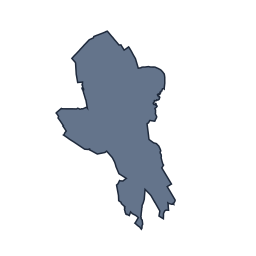 Brīvzemnieku pag., Alojas, Latvia (Equal Earth projection), rotated 59°
{"feature_id": "27541924B63069620149492", "entity_name": "Brīvzemnieku pag.", "entity_type": "district", "adm_level": 2, "iso_a3": "LVA", "parent_name": "Latvia", "parent_adm1": "Alojas", "projection": "equal_earth", "projection_center": [24.973, 57.673], "detail": "fine", "context": "isolated", "style": "filled", "palette": "slate", "viewbox_px": 256, "rotation_deg": 59, "n_neighbors": 0, "source": "geoboundaries", "source_scale": "gbopen_adm2", "svg_char_len": 5164}
<svg xmlns="http://www.w3.org/2000/svg" viewBox="0 0 256 256"><g transform="rotate(59 128 128)"><path d="M39.5,140.3L44.5,139.4L44.9,139.4L45.3,139.5L45.5,139.6L55.3,144.7L63.1,147.7L65.2,143.3L66.9,144.4L66.8,144.7L66.9,144.9L67.9,145.3L68.2,145.1L69.8,145.9L70.7,145.9L70.5,146.4L70.2,147.0L71.9,147.3L72.6,147.2L72.3,146.8L71.8,146.2L72.0,146.1L72.7,146.7L73.3,147.5L74.2,147.6L75.0,148.0L76.5,148.3L81.4,149.6L82.4,149.7L83.5,150.1L86.8,151.4L90.0,152.6L88.8,152.8L88.3,156.9L87.6,157.9L87.5,158.5L87.2,159.5L86.0,160.2L85.1,161.0L85.2,162.1L85.1,162.4L83.3,165.2L80.6,169.7L78.0,173.9L77.7,174.3L77.2,175.2L76.9,175.2L78.0,181.7L78.2,181.9L78.5,181.8L79.1,181.7L81.6,181.5L82.2,181.5L83.4,182.8L86.6,182.5L92.7,182.2L92.8,182.8L96.1,182.6L96.9,182.6L98.8,182.5L99.1,183.3L99.5,184.4L99.9,185.1L100.6,186.0L100.8,186.2L100.8,186.4L100.8,186.9L104.9,185.0L106.9,184.2L109.4,183.0L111.5,181.9L123.8,176.1L125.7,173.5L126.4,172.2L126.7,172.3L126.9,172.2L126.2,171.8L126.3,171.7L127.1,172.1L127.5,171.8L133.3,168.4L134.5,167.7L137.1,160.4L136.9,158.9L137.0,158.9L136.9,158.2L145.3,156.7L150.2,157.0L152.2,157.4L155.0,158.2L162.5,159.3L170.3,155.4L170.8,159.7L169.2,162.0L168.7,162.3L170.7,165.4L171.0,167.2L180.9,170.9L185.5,173.4L188.2,172.2L189.3,172.6L191.8,171.9L194.0,171.2L194.1,171.3L194.0,171.7L194.5,172.0L195.3,172.2L195.3,172.3L195.4,172.5L195.5,172.6L195.7,172.8L195.8,172.9L196.1,173.0L196.8,173.1L197.0,173.2L197.3,173.4L198.2,173.5L198.3,173.5L198.6,173.7L199.0,173.9L199.6,173.9L200.2,173.9L200.4,174.1L200.6,174.2L201.5,173.6L201.8,173.5L201.8,173.1L203.7,172.0L202.5,170.5L201.3,169.0L203.7,168.4L206.9,166.4L208.5,165.8L210.2,165.3L211.3,167.5L211.9,168.5L212.3,169.3L212.6,169.8L212.8,170.2L213.1,171.1L213.3,171.0L216.2,170.1L217.9,169.5L218.6,169.0L221.6,168.7L221.0,167.6L218.7,166.1L218.4,165.4L218.1,165.0L217.7,164.8L215.9,164.0L214.3,163.3L214.1,163.3L212.5,163.5L212.3,163.4L211.8,163.0L211.6,162.9L211.0,162.8L210.4,162.6L210.2,162.5L210.1,162.1L209.2,161.5L208.3,160.9L204.9,158.2L204.1,157.8L203.6,157.2L203.3,156.9L203.0,156.6L202.2,156.2L201.7,155.8L201.5,155.6L200.6,154.3L200.1,153.6L197.4,150.7L195.8,149.6L189.4,145.0L191.4,144.5L196.0,143.4L197.8,143.1L205.1,143.3L205.1,143.2L213.7,143.4L215.2,143.4L215.5,143.5L216.2,144.0L219.4,146.8L222.0,145.5L224.0,144.4L222.3,143.3L221.4,142.7L220.5,142.2L219.7,141.7L219.2,141.1L218.0,139.2L217.9,138.2L218.3,137.1L219.4,135.6L215.5,133.7L214.9,133.3L212.8,132.4L213.5,132.1L214.5,131.1L216.0,129.7L216.5,128.6L216.3,128.5L217.1,128.1L216.0,127.5L215.0,125.6L214.1,124.7L203.6,124.6L198.4,124.6L198.4,119.6L179.6,119.6L178.1,116.6L176.8,116.7L174.1,116.0L170.8,115.0L170.6,115.0L169.4,114.0L167.8,113.3L167.6,113.3L166.3,113.3L166.0,113.3L165.8,113.2L165.5,113.0L164.9,112.6L164.7,112.0L164.6,111.8L164.2,111.6L163.3,111.4L162.7,111.3L161.4,111.1L161.0,111.1L160.9,111.1L159.4,110.9L158.2,111.2L156.0,111.7L155.9,111.8L153.9,113.7L153.7,113.8L149.6,115.5L148.9,115.8L148.1,115.7L146.6,115.0L146.1,114.8L145.1,114.3L134.4,109.6L134.1,109.4L134.0,109.2L134.1,108.6L134.2,108.2L134.0,107.5L133.8,107.2L132.9,105.7L132.8,105.4L132.8,105.2L133.2,104.9L134.2,103.7L134.4,103.4L134.7,103.1L135.8,101.8L135.9,101.5L135.9,101.3L135.8,101.2L135.5,100.9L135.1,100.4L133.8,98.2L133.1,97.6L132.9,97.5L131.3,97.4L129.8,97.2L129.7,97.1L129.2,96.6L127.8,95.8L127.6,95.6L127.3,95.4L126.6,95.1L125.5,95.0L125.1,94.9L125.0,94.7L125.0,94.2L125.0,93.6L124.9,93.3L124.8,92.9L124.6,92.5L124.5,92.0L124.4,91.9L124.1,91.8L123.8,91.8L123.7,91.8L123.4,92.0L123.2,92.2L123.0,92.4L122.9,92.5L122.7,92.5L122.4,92.4L122.3,91.8L122.2,91.6L121.6,91.5L121.3,91.6L121.2,91.6L121.1,91.9L121.5,93.4L121.5,93.5L121.4,93.6L121.2,93.7L120.2,93.8L119.9,93.7L119.7,93.5L119.5,93.3L119.4,93.0L119.4,92.8L119.4,92.7L119.3,92.3L119.2,92.1L118.4,91.5L118.2,91.3L118.1,91.2L118.7,90.5L119.0,90.2L119.1,89.9L119.1,89.7L118.7,89.2L118.6,88.9L119.2,88.5L119.3,88.4L119.3,88.2L119.5,87.6L119.5,87.3L119.4,86.5L119.0,86.0L118.1,85.5L118.2,85.1L117.7,84.9L117.4,84.9L117.1,85.1L116.3,85.6L116.0,85.8L115.8,85.8L114.8,85.7L114.6,85.6L114.6,85.2L114.4,84.8L114.4,84.5L114.5,84.3L115.5,84.2L115.6,83.6L115.5,83.3L115.3,83.1L114.9,83.0L114.5,83.0L114.4,82.9L114.5,82.5L114.8,82.2L114.7,82.0L114.6,81.9L113.8,81.9L113.7,81.8L113.9,81.1L113.6,80.7L113.4,80.5L113.4,80.2L113.6,79.9L113.0,79.3L112.7,78.8L112.4,78.6L112.2,78.3L112.2,78.1L112.5,77.7L112.6,77.1L112.8,76.9L113.1,76.8L112.6,76.5L108.4,73.3L107.7,72.9L103.5,70.4L101.4,69.5L100.3,69.1L100.1,69.2L99.9,69.2L97.7,69.4L95.4,69.9L94.7,70.2L92.5,71.5L89.6,73.6L88.9,74.7L89.0,74.7L88.9,74.9L87.1,77.6L85.9,78.8L85.0,80.9L84.4,82.3L83.5,83.7L83.1,84.7L82.9,85.3L83.1,85.8L82.0,88.4L78.6,87.5L72.4,85.9L67.5,85.8L64.0,85.6L59.9,85.6L58.8,85.7L59.1,89.0L59.2,91.2L57.7,91.2L54.3,91.3L53.2,91.2L52.2,93.0L46.9,93.8L45.4,94.1L42.2,94.5L41.6,94.7L35.2,95.7L34.3,95.9L34.0,97.3L34.1,97.5L33.7,100.3L32.6,106.5L32.5,106.8L32.3,108.2L32.0,109.9L32.0,110.2L32.1,110.3L32.7,111.0L32.8,111.1L32.9,111.4L32.4,115.8L34.6,123.7L34.7,123.8L35.7,127.3L36.1,128.8L36.3,129.1L36.6,130.2L38.0,135.3L38.2,136.2L39.2,139.6L39.3,139.6L39.5,140.3Z" fill="#64748b" stroke="#1e293b" stroke-width="1.5"/></g></svg>